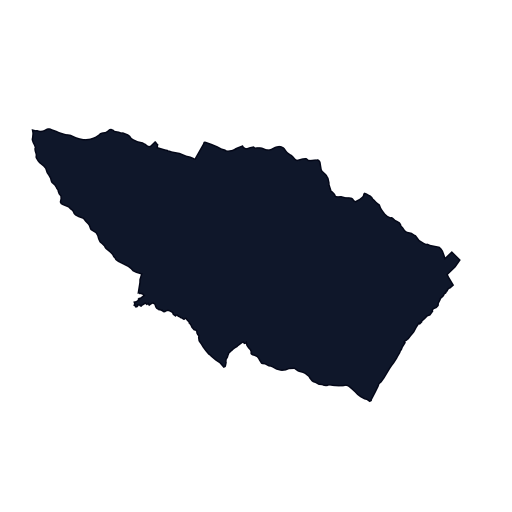 the district of Plopana, Bacau, Romania, rotated 350°
{"feature_id": "2599482B77085245724303", "entity_name": "Plopana", "entity_type": "district", "adm_level": 2, "iso_a3": "ROU", "parent_name": "Romania", "parent_adm1": "Bacau", "projection": "albers", "projection_center": [27.232, 46.669], "detail": "fine", "context": "isolated", "style": "filled", "palette": "ink", "viewbox_px": 512, "rotation_deg": 350, "n_neighbors": 0, "source": "geoboundaries", "source_scale": "gbopen_adm2", "svg_char_len": 6090}
<svg xmlns="http://www.w3.org/2000/svg" viewBox="0 0 512 512"><g transform="rotate(350 256 256)"><path d="M412.9,260.7L408.8,259.0L407.6,258.1L406.5,256.6L405.1,253.5L403.9,251.9L403.7,250.1L402.9,248.3L400.7,246.4L399.0,245.2L397.3,242.9L396.3,241.9L394.8,241.8L392.1,239.9L389.9,237.1L387.8,232.8L386.9,230.5L386.3,227.4L386.0,226.8L385.0,225.9L383.4,224.0L381.8,221.5L380.8,220.4L380.1,218.5L378.7,216.7L377.6,216.0L375.5,214.2L373.8,213.2L373.2,213.6L372.2,215.7L371.2,216.6L368.0,218.4L364.9,219.3L363.7,220.0L361.9,218.7L360.9,216.6L360.0,215.8L357.7,215.0L354.1,214.3L350.0,212.4L346.9,212.1L345.1,211.5L344.4,211.0L344.1,209.4L343.5,208.2L341.9,205.9L341.0,205.2L341.0,204.2L340.2,198.4L340.5,196.5L340.3,192.0L339.4,189.7L339.3,189.1L338.7,188.1L336.1,184.6L335.5,184.2L335.5,183.4L335.1,182.3L335.2,174.8L334.9,173.9L334.4,173.0L333.7,172.3L333.3,172.1L332.4,172.2L331.2,171.9L326.7,171.6L324.1,171.1L322.5,169.1L321.8,168.8L318.5,168.6L313.4,169.1L312.1,168.6L311.0,167.4L309.4,164.7L308.2,163.1L307.1,162.3L304.7,159.8L303.8,158.4L302.3,155.2L301.5,154.2L299.5,152.8L297.8,152.3L295.0,152.3L293.6,152.5L289.5,153.8L287.2,154.0L284.2,153.2L280.5,150.9L278.7,150.3L276.1,149.8L273.6,149.7L272.5,148.3L268.9,148.4L265.7,148.9L264.6,148.6L264.0,148.4L262.7,147.2L262.0,146.1L261.8,145.4L256.2,146.5L254.3,147.0L254.4,147.4L251.8,147.8L251.6,148.1L246.5,148.0L244.1,147.1L243.9,146.4L240.4,144.7L236.7,141.8L231.4,138.4L225.9,135.3L225.2,135.1L224.7,135.2L224.2,136.0L224.1,136.4L212.8,150.1L212.2,150.0L210.9,148.9L208.2,147.2L204.6,145.7L198.5,141.8L191.0,139.0L189.1,137.9L187.3,137.3L187.0,136.7L184.9,135.9L177.5,132.2L178.4,129.2L178.0,129.0L176.8,126.5L176.5,126.2L171.5,129.6L170.1,129.9L168.8,129.4L167.9,128.8L166.2,126.8L165.1,126.1L163.9,125.0L159.1,123.0L155.2,120.3L153.4,118.6L152.3,116.2L150.7,114.5L146.3,111.8L144.3,111.5L142.3,110.3L138.4,108.9L137.9,108.6L137.3,107.6L135.3,106.3L134.8,106.2L133.7,106.3L131.7,107.5L129.5,108.4L125.9,108.3L124.0,108.6L122.6,109.6L119.0,111.2L116.4,111.8L112.9,112.3L108.5,112.0L106.0,111.5L102.3,110.0L99.0,108.3L94.2,105.0L91.6,104.1L89.9,103.7L88.2,102.9L83.2,100.3L80.8,98.6L76.7,96.3L75.1,95.2L73.3,94.8L72.2,94.9L69.2,95.9L67.5,96.1L65.5,96.0L64.1,95.6L62.1,94.6L60.6,94.5L57.8,93.2L57.8,96.0L57.6,97.2L56.7,100.4L56.0,102.2L56.0,103.2L56.4,105.7L57.2,108.2L57.7,110.9L57.0,112.0L56.9,113.3L56.9,114.4L57.3,117.4L57.2,118.7L56.8,119.9L56.7,121.0L58.1,124.6L59.2,126.5L62.6,130.4L64.2,133.1L64.9,137.7L66.1,140.3L67.3,143.8L67.5,146.6L67.9,148.1L70.3,151.1L71.3,153.5L71.7,155.0L72.6,156.6L72.5,157.5L73.0,160.5L74.4,163.0L74.1,165.7L72.8,168.8L73.3,170.5L74.6,171.6L80.1,175.1L81.6,177.3L83.2,179.0L83.9,180.5L84.4,182.6L85.5,184.2L88.3,186.4L92.0,188.5L92.8,189.1L94.3,192.0L96.6,195.4L97.3,197.0L97.9,200.6L98.3,201.4L102.6,205.2L103.8,208.4L104.1,211.7L104.8,214.4L105.1,215.2L106.6,216.9L108.7,219.9L109.0,221.3L109.7,222.6L113.4,226.9L115.2,229.6L115.9,232.0L116.9,233.3L117.4,234.9L117.7,235.4L119.6,237.4L128.5,244.0L131.0,246.8L132.4,249.1L135.3,251.2L140.4,253.8L137.7,259.1L137.1,262.1L133.7,271.9L134.5,271.9L134.9,272.7L136.0,272.8L136.8,273.3L137.3,273.1L139.0,275.5L134.9,277.6L133.5,277.5L132.8,278.0L133.4,278.8L130.2,280.3L128.1,280.3L128.4,282.6L127.5,283.2L128.3,283.9L128.6,285.1L129.8,285.3L130.9,284.5L130.9,283.5L133.2,284.1L133.2,284.7L134.1,285.4L135.9,284.2L136.5,284.2L138.8,283.1L140.1,284.7L141.6,283.9L142.3,285.8L143.9,285.0L146.5,284.1L146.8,284.8L147.8,285.4L148.2,286.3L148.5,288.6L149.2,290.2L150.3,291.2L151.0,291.5L151.2,292.1L152.4,292.2L153.5,293.2L154.2,293.1L154.9,294.4L155.7,294.9L156.6,294.9L157.6,294.4L159.9,294.2L161.8,295.2L164.4,297.4L164.2,297.7L164.5,298.3L164.3,298.6L164.7,299.4L165.6,300.1L165.7,300.4L166.4,301.0L166.9,300.3L168.4,300.6L168.6,301.2L169.1,301.9L170.1,302.4L171.3,303.7L172.4,304.2L173.6,305.5L174.1,305.8L175.5,305.2L176.4,305.4L177.3,307.4L178.8,309.4L178.6,310.3L179.3,311.0L179.6,312.0L180.0,312.6L180.6,315.1L182.3,317.9L183.7,318.4L184.7,319.8L184.5,321.7L184.9,322.3L184.9,323.2L185.8,324.4L185.8,325.3L185.4,326.3L185.3,329.6L185.7,330.6L186.9,333.0L188.3,336.6L190.2,340.4L192.5,344.4L194.1,345.9L194.4,346.6L198.4,351.4L202.0,354.8L205.0,359.8L206.4,359.4L206.9,358.5L208.0,355.7L208.0,354.3L208.3,353.6L208.3,352.9L210.4,350.4L210.8,349.4L212.6,346.5L214.4,345.6L214.7,345.1L215.9,344.7L216.5,344.1L218.9,342.8L221.6,341.8L222.1,341.3L227.5,338.6L228.8,338.6L229.3,340.0L230.0,340.1L231.5,339.3L231.5,340.2L231.7,340.8L231.5,341.0L231.6,342.4L232.8,345.1L234.3,347.4L234.7,349.5L234.4,350.5L234.3,351.3L234.8,352.0L235.6,352.7L237.4,353.5L239.9,355.3L241.1,357.6L241.3,358.6L242.9,362.5L243.8,363.0L246.3,363.7L249.7,366.4L251.5,366.9L253.3,368.1L256.6,370.8L260.5,372.6L261.8,373.0L265.4,373.2L268.8,372.5L273.4,373.1L274.1,373.0L274.7,373.5L277.3,376.2L278.5,377.0L282.0,378.6L283.9,379.9L286.9,383.2L287.4,383.9L287.9,385.5L289.6,388.6L290.7,389.7L292.8,390.8L295.7,393.2L299.0,394.1L300.2,394.9L302.1,395.6L303.5,395.8L305.1,395.5L306.4,395.7L310.0,396.9L315.0,398.1L319.5,398.8L321.5,398.7L323.3,399.2L324.7,400.2L327.5,403.5L330.2,407.0L332.1,409.9L334.6,412.6L338.1,415.4L340.5,416.5L342.7,418.8L344.3,418.3L344.4,417.6L349.7,410.7L353.5,405.5L354.9,403.0L357.2,401.7L360.7,398.3L368.0,389.9L370.6,387.2L373.1,384.9L376.6,381.1L377.8,379.5L380.7,376.1L381.5,374.6L382.9,373.3L384.1,371.2L387.7,367.2L387.6,366.9L386.9,366.4L388.4,365.3L389.6,365.0L390.5,364.3L391.5,363.9L394.3,361.3L396.6,359.4L398.2,358.0L401.3,354.0L405.0,350.1L405.5,351.2L407.6,349.7L407.3,349.2L411.1,346.9L414.3,344.6L417.0,344.2L420.3,341.0L420.2,339.6L421.8,338.6L424.5,338.0L426.5,336.5L426.8,336.1L427.2,334.2L429.7,330.9L430.1,329.9L433.0,328.1L434.1,327.0L434.6,326.1L435.9,325.2L436.2,325.4L436.8,324.8L437.0,323.8L438.1,323.6L439.1,322.1L440.5,321.2L441.5,321.1L445.1,318.9L441.8,310.3L441.0,307.4L450.2,301.2L456.0,295.4L449.5,286.2L441.6,291.5L441.2,288.2L440.4,283.8L439.4,281.4L437.9,279.3L429.2,275.9L426.8,274.3L425.3,274.2L423.4,272.9L419.2,269.1L416.5,263.8L415.3,263.0L412.9,260.7Z" fill="#0f172a" stroke="#020617" stroke-width="1.5"/></g></svg>